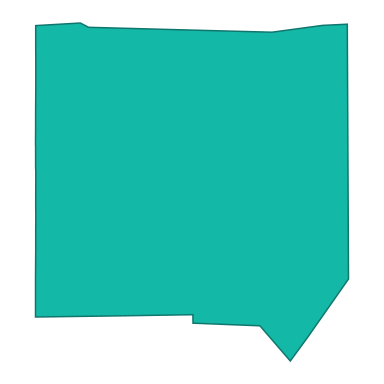 Mercer, Pennsylvania, United States of America
{"feature_id": "52423323B88020192595097", "entity_name": "Mercer", "entity_type": "district", "adm_level": 2, "iso_a3": "USA", "parent_name": "United States of America", "parent_adm1": "Pennsylvania", "projection": "albers", "projection_center": [-80.421, 41.281], "detail": "fine", "context": "isolated", "style": "filled", "palette": "teal", "viewbox_px": 384, "rotation_deg": 0, "n_neighbors": 0, "source": "geoboundaries", "source_scale": "gbopen_adm2", "svg_char_len": 617}
<svg xmlns="http://www.w3.org/2000/svg" viewBox="0 0 384 384"><path d="M348.5,279.0L347.3,24.2L322.4,25.4L272.0,32.2L188.2,30.0L88.6,27.3L80.3,23.0L35.7,25.6L35.7,46.8L35.8,64.3L35.8,68.5L35.8,77.7L35.8,83.7L35.6,113.8L35.6,119.3L35.6,128.1L35.5,144.3L35.5,144.8L35.6,145.2L35.6,145.7L35.6,147.2L35.6,148.2L35.6,150.1L35.6,167.0L35.8,172.6L35.7,202.3L35.7,202.5L35.7,204.9L35.8,217.9L35.7,231.0L35.7,241.5L35.7,249.7L35.5,280.1L35.5,300.7L35.5,310.4L35.5,317.0L116.3,315.9L116.6,315.9L192.9,314.7L193.0,323.2L259.9,325.8L290.3,361.0L308.0,336.8L348.5,279.0Z" fill="#14b8a6" stroke="#0f766e" stroke-width="1.5"/></svg>